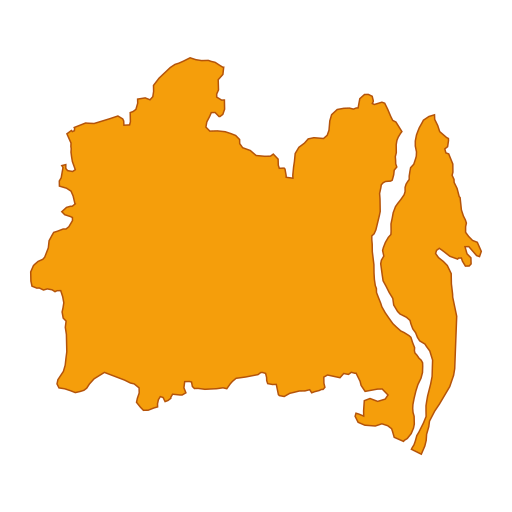 the district of Markz Bani Mazar, Al Minya, Egypt
{"feature_id": "37247803B20583905741630", "entity_name": "Markz Bani Mazar", "entity_type": "district", "adm_level": 2, "iso_a3": "EGY", "parent_name": "Egypt", "parent_adm1": "Al Minya", "projection": "natural_earth1", "projection_center": [30.776, 28.515], "detail": "fine", "context": "isolated", "style": "filled", "palette": "amber", "viewbox_px": 512, "rotation_deg": 0, "n_neighbors": 0, "source": "geoboundaries", "source_scale": "gbopen_adm2", "svg_char_len": 6004}
<svg xmlns="http://www.w3.org/2000/svg" viewBox="0 0 512 512"><path d="M401.9,131.6L395.9,122.0L392.7,120.4L390.7,116.4L387.7,109.3L384.7,103.2L381.9,102.2L374.3,104.5L372.3,103.5L373.3,101.4L373.2,100.4L372.2,96.3L368.3,94.4L364.5,94.5L361.9,96.8L359.8,98.7L358.1,107.9L356.2,108.0L353.4,109.1L349.5,108.1L343.8,108.3L337.2,109.5L331.6,114.7L329.8,120.9L329.0,130.2L327.2,135.3L323.5,138.5L313.9,137.7L308.2,138.9L304.5,143.1L298.9,147.3L295.2,153.5L294.4,161.7L293.6,166.9L292.8,175.1L292.9,178.2L286.2,177.3L286.1,175.3L285.0,169.1L284.1,168.1L279.3,168.3L278.3,165.2L278.1,159.1L273.3,154.1L270.4,156.2L264.7,156.3L256.1,155.5L250.3,150.5L242.6,147.7L239.7,143.6L239.6,139.5L235.7,135.5L230.9,133.6L225.1,131.7L217.4,130.9L209.8,131.1L205.9,127.1L206.8,121.9L209.5,116.7L211.3,112.6L215.1,112.5L219.0,116.5L220.0,116.5L222.8,114.4L224.6,109.2L224.4,100.0L221.6,100.1L216.7,97.1L216.7,94.0L218.5,89.9L218.2,79.7L222.9,74.4L223.7,67.2L222.8,67.2L219.8,65.4L216.0,62.9L215.0,62.3L211.2,61.4L208.3,60.4L201.6,60.6L195.9,59.7L190.1,57.8L183.5,61.1L178.8,63.2L175.0,64.4L170.3,67.5L159.1,78.1L153.5,85.4L153.6,91.5L152.8,96.7L150.0,99.8L145.2,97.9L137.6,99.1L137.7,103.2L135.9,109.4L133.1,111.5L130.2,112.6L130.4,121.8L129.6,124.9L128.0,125.0L123.9,125.2L123.7,121.0L122.7,118.9L117.9,116.0L109.8,118.7L104.6,120.3L94.1,123.5L87.8,123.2L85.6,123.0L74.2,127.5L74.6,128.3L74.4,130.7L72.3,131.6L71.4,130.5L66.9,133.8L71.0,143.0L70.9,146.6L71.2,148.7L71.0,152.2L71.6,156.9L72.4,161.6L75.3,169.7L72.6,171.5L67.6,170.6L65.8,168.5L65.8,164.6L61.8,165.6L63.0,167.5L61.2,177.8L59.3,181.0L59.4,186.1L66.5,188.2L71.0,191.1L73.1,195.9L74.5,201.8L74.8,203.2L75.3,203.8L72.2,206.3L70.3,206.3L66.5,207.4L61.8,211.7L64.7,214.7L70.5,216.6L72.4,217.5L72.5,220.6L68.8,226.8L66.0,229.0L63.2,229.0L57.5,231.2L53.7,232.4L51.9,235.5L49.1,240.7L48.3,247.9L44.7,257.2L42.8,259.3L38.1,261.4L34.4,264.6L33.4,265.7L30.7,271.9L30.9,281.1L32.0,286.2L36.8,288.1L39.3,288.0L43.5,290.0L47.3,288.9L52.1,289.8L55.0,291.7L56.9,290.7L60.7,290.6L62.7,296.7L63.8,302.8L63.0,307.9L62.1,312.0L63.2,318.1L66.1,321.1L65.3,327.3L66.4,334.4L66.8,351.8L66.0,358.0L65.2,365.2L63.4,371.4L57.9,379.7L57.0,383.9L59.0,387.9L64.8,388.8L70.5,390.7L75.3,392.6L80.1,391.5L83.9,390.3L86.7,388.2L89.4,384.0L94.1,378.8L104.4,372.4L124.6,380.1L130.4,383.0L134.2,383.9L139.1,387.9L139.2,393.0L137.4,398.2L136.5,402.3L140.5,407.3L143.4,410.3L148.2,410.2L153.8,408.0L157.6,406.9L157.5,403.8L158.4,399.7L160.3,396.6L163.1,397.5L165.1,401.6L168.0,400.5L170.8,398.3L170.8,397.3L172.6,394.2L180.2,395.0L182.1,395.0L185.9,392.8L183.9,387.8L184.7,381.6L189.5,381.5L191.5,382.0L192.4,386.5L194.4,388.5L198.2,388.4L198.9,388.5L204.9,389.3L210.5,389.0L216.6,388.7L223.0,387.8L226.8,388.7L230.5,383.5L231.1,382.9L232.4,381.4L236.1,378.3L245.6,377.0L258.0,374.6L260.8,372.5L262.7,372.5L265.6,373.4L266.6,377.5L266.7,380.6L267.7,383.6L272.5,384.5L276.3,384.4L278.4,394.6L279.4,395.6L284.2,396.5L289.8,393.3L293.7,392.4L299.3,391.0L305.0,390.9L309.7,389.7L311.7,392.8L314.6,391.7L319.3,390.5L321.2,389.5L323.1,389.4L324.9,387.3L323.9,383.2L323.8,377.1L327.5,375.0L340.0,377.7L343.7,373.5L348.5,374.4L351.3,372.3L355.1,373.3L356.1,373.2L360.1,381.3L361.1,385.4L365.1,391.4L377.4,389.1L382.2,389.0L388.0,395.0L385.2,399.1L377.7,401.4L370.0,398.5L364.3,400.7L363.6,410.9L363.7,416.1L358.9,414.1L356.0,413.2L355.1,416.3L358.1,422.3L364.8,425.2L375.3,426.0L381.9,423.8L387.7,425.7L391.6,428.7L392.6,431.7L394.2,437.3L403.5,441.4L404.4,440.3L407.3,438.5L411.2,433.6L413.5,428.1L414.3,424.1L414.1,416.3L413.0,412.3L412.7,408.3L412.9,404.6L414.1,398.3L415.9,390.9L417.9,384.6L421.0,378.2L422.5,372.5L422.7,366.5L422.6,362.8L421.2,360.2L419.0,358.2L416.9,355.1L414.9,352.9L414.4,350.6L414.6,347.7L412.6,342.6L410.9,337.3L409.0,335.6L404.2,332.6L400.7,330.9L396.0,326.7L392.8,323.6L388.4,317.4L385.1,312.6L381.8,306.7L380.7,303.2L378.1,296.7L376.5,292.5L376.4,288.5L375.3,285.6L374.4,279.6L374.0,273.0L373.9,264.7L372.3,251.6L372.2,244.2L371.8,239.9L371.8,235.9L374.1,233.8L375.9,229.8L379.4,215.4L380.2,211.4L380.0,199.1L379.6,193.4L380.8,187.9L381.3,184.8L383.2,182.7L385.5,181.5L388.8,181.2L390.6,181.1L392.2,180.2L392.7,178.5L393.7,174.8L394.2,170.2L396.8,167.0L395.7,163.9L395.6,160.1L395.3,156.7L396.3,152.7L396.2,144.7L396.9,140.4L398.2,137.2L400.5,133.4L401.9,131.6ZM411.4,449.3L421.3,454.2L424.8,446.1L426.2,440.4L426.6,434.3L428.8,426.6L429.5,421.1L434.7,411.1L439.4,404.1L449.7,386.7L453.6,375.3L454.7,368.7L456.7,316.3L452.7,297.2L452.6,294.1L451.4,283.9L451.2,273.6L447.3,265.5L443.4,261.5L438.5,257.6L435.6,253.5L436.5,250.4L439.3,248.3L442.2,250.3L449.9,256.3L457.6,259.1L458.5,258.1L461.4,258.0L462.4,261.1L465.4,266.1L469.2,266.0L471.1,263.9L470.9,257.8L467.0,253.8L465.0,246.7L468.8,246.6L476.6,255.6L479.5,256.6L481.3,251.4L477.3,242.3L472.5,240.4L468.6,236.4L465.6,232.3L465.6,226.7L466.4,223.1L465.4,220.0L463.4,216.0L461.4,209.9L460.1,197.6L459.2,196.6L457.1,188.5L454.1,182.4L454.0,179.4L452.1,175.3L452.9,172.2L452.8,164.0L448.7,153.9L445.9,152.9L444.8,148.9L447.6,146.7L448.5,140.6L448.4,138.5L446.5,137.5L439.7,131.6L437.7,125.5L434.7,119.4L434.5,114.8L428.9,116.5L423.4,120.2L422.7,121.6L420.6,125.4L419.3,127.7L418.0,130.9L416.5,134.9L415.3,141.0L415.3,146.1L416.5,151.9L416.3,156.2L415.6,158.7L413.8,164.2L410.6,167.7L409.9,171.5L409.2,176.1L409.2,179.5L407.9,181.2L406.1,184.1L405.1,187.3L405.1,191.6L404.1,194.8L400.7,199.7L397.9,203.2L395.5,206.6L393.2,212.7L392.2,218.2L391.0,223.9L391.1,231.4L390.9,234.5L388.3,237.4L385.4,242.4L383.4,247.5L382.6,250.4L383.8,256.1L381.4,260.2L380.7,263.7L382.2,274.8L383.1,280.8L386.2,286.5L389.2,292.5L392.8,298.4L393.7,305.0L397.6,311.5L400.0,314.0L406.5,317.3L410.0,320.4L410.9,323.8L412.8,328.9L415.6,332.7L417.5,337.5L419.7,340.9L424.9,344.0L426.5,346.5L429.8,351.0L432.6,360.1L432.4,366.1L432.1,376.5L430.6,384.2L427.6,396.0L426.6,401.8L426.0,405.8L426.0,410.7L426.1,416.5L423.5,422.9L418.9,432.1L416.8,435.6L415.3,441.1L414.0,444.8L412.2,447.7L411.4,449.3Z" fill="#f59e0b" stroke="#b45309" stroke-width="1.5"/></svg>